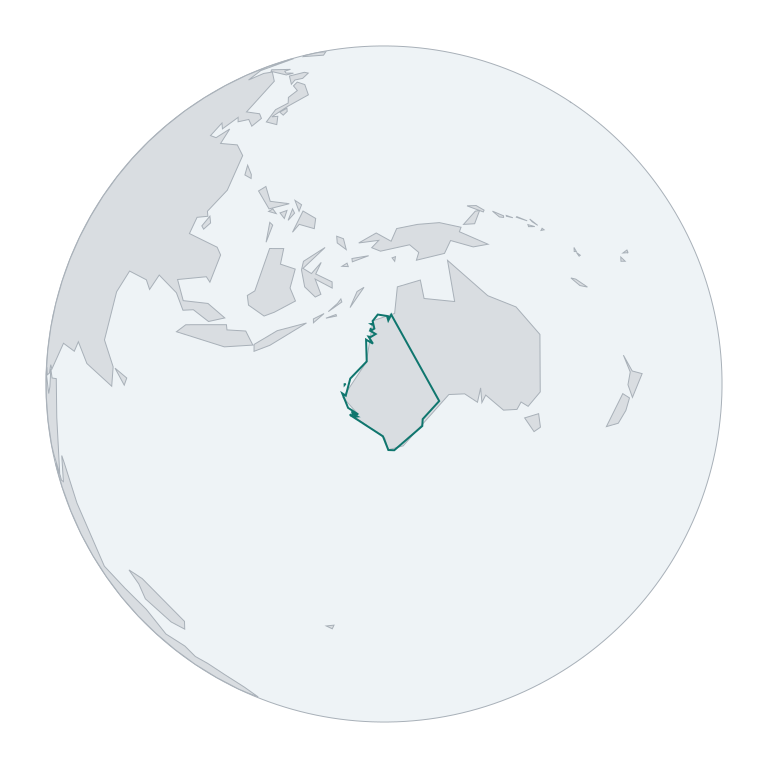 Western Australia on an orthographic globe, rotated 328°
{"feature_id": "AUS-2651", "entity_name": "Western Australia", "entity_type": "State", "adm_level": 1, "iso_a3": "AUS", "parent_name": "Australia", "parent_adm1": "", "projection": "orthographic", "projection_center": [121.445, -24.431], "detail": "coarse", "context": "on_globe", "style": "outline", "palette": "teal", "viewbox_px": 768, "rotation_deg": 328, "n_neighbors": 0, "source": "natural_earth", "source_scale": "10m", "svg_char_len": 5985}
<svg xmlns="http://www.w3.org/2000/svg" viewBox="0 0 768 768"><g transform="rotate(328 384 384)"><circle cx="384" cy="384" r="338" fill="#eef3f6" stroke="#a8b0b8"/><path d="M661.0,399.1L660.7,401.6L660.3,401.8L661.0,399.1ZM691.9,244.8L691.2,243.2L691.3,243.4L691.9,244.8ZM498.9,66.2L499.7,66.5L504.5,68.3L510.8,71.4L507.0,73.1L488.8,63.5L489.8,63.1L498.9,66.2ZM477.1,59.1L476.1,59.0L479.9,60.2L445.6,52.9L430.2,54.4L446.6,56.9L454.6,60.3L451.4,69.1L411.6,80.4L421.7,88.9L420.8,93.8L408.5,95.3L409.5,88.0L399.2,84.3L401.6,80.6L382.2,82.0L384.9,76.8L368.5,81.4L372.1,86.1L388.3,86.0L372.9,93.4L386.3,103.5L385.2,115.4L353.8,136.6L325.8,143.9L323.5,148.4L313.8,143.6L298.7,153.3L315.0,179.6L313.8,188.0L290.3,205.4L290.2,198.9L264.3,186.0L257.9,206.9L277.4,222.4L284.0,243.6L268.3,238.0L261.7,220.0L252.6,214.9L256.3,196.6L251.1,172.5L235.3,179.6L237.7,169.7L228.1,153.4L206.1,164.1L170.3,198.5L163.4,225.9L151.9,241.6L142.9,209.2L147.2,186.2L138.7,192.1L133.8,179.6L110.3,195.3L111.6,191.0L106.1,197.4L103.4,197.8L107.2,190.8L103.4,195.8L94.6,214.4L99.2,209.3L109.5,194.5L105.7,203.0L108.9,205.8L88.8,238.9L61.5,288.2L66.6,269.2L69.9,259.4L79.4,237.7L90.4,216.7L102.8,196.5L116.7,177.3L131.8,159.1L148.2,142.0L165.7,126.1L184.3,111.4L203.9,98.1L224.4,86.2L245.6,75.7L267.5,66.8L290.0,59.4L313.0,53.6L336.3,49.5L359.9,46.9L383.5,46.1L407.2,46.9L430.8,49.3L454.1,53.4L477.1,59.1ZM63.4,277.1L61.0,289.9L59.5,294.7L60.4,296.9L72.8,273.9L71.1,281.1L60.5,322.3L50.3,390.3L56.1,419.9L63.0,449.1L66.6,480.5L76.3,500.8L79.6,515.1L86.5,527.7L94.9,546.0L105.0,567.2L111.5,582.8L104.0,572.7L99.2,565.9L86.5,544.2L75.4,521.8L66.1,498.5L58.5,474.6L52.6,450.3L48.6,425.5L46.5,400.6L46.2,375.5L47.7,350.5L51.2,325.7L56.4,301.2L63.4,277.1ZM132.3,158.6L135.3,155.4L141.6,148.5L132.3,158.6ZM149.4,140.8L149.6,140.6L149.4,140.8ZM206.8,558.6L213.8,562.0L210.4,564.2L206.8,558.6ZM75.8,420.8L89.0,479.6L85.1,486.3L77.4,473.0L67.8,439.7L70.1,423.7L69.2,406.5L75.8,420.8ZM369.6,297.4L380.1,299.6L379.8,301.2L369.6,297.4ZM358.6,291.4L370.5,292.5L356.6,294.7L358.6,291.4ZM375.1,293.1L387.3,291.0L392.5,289.0L391.7,292.1L375.1,293.1ZM350.6,291.2L307.7,290.7L291.1,287.4L294.8,281.6L321.7,282.2L350.6,291.2ZM293.4,281.5L268.3,267.9L235.7,229.7L247.3,228.7L281.8,250.2L279.5,254.9L294.8,265.8L293.4,281.5ZM355.2,252.8L352.9,266.7L329.0,265.0L318.3,262.8L310.9,245.3L315.0,236.5L323.8,236.6L358.8,208.5L370.7,216.0L359.7,227.5L369.6,239.5L355.2,252.8ZM164.3,228.0L169.0,242.6L163.1,247.3L164.3,228.0ZM373.8,190.3L359.1,201.3L372.8,186.4L373.8,190.3ZM382.5,176.6L382.9,182.4L377.6,176.5L382.5,176.6ZM322.3,155.5L313.1,157.1L313.3,153.4L325.3,149.4L322.3,155.5ZM384.3,126.2L382.5,136.0L380.2,139.3L376.8,133.0L384.3,126.2ZM581.4,518.7L584.8,525.9L575.1,534.6L561.9,541.4L550.0,538.0L581.4,518.7ZM486.0,503.9L485.3,487.3L499.4,491.1L493.8,503.5L486.0,503.9ZM590.5,513.9L599.2,504.3L602.3,486.4L601.4,504.5L608.4,512.0L587.6,527.0L590.5,513.9ZM433.4,427.3L367.5,446.6L352.8,442.0L355.9,430.3L341.2,395.2L346.0,396.0L342.1,373.6L380.7,356.0L408.2,324.5L430.4,329.8L446.8,308.7L469.9,315.1L463.3,332.7L487.6,351.5L503.4,312.8L518.8,364.1L536.8,388.6L542.5,424.6L512.3,473.5L494.4,479.3L490.7,471.9L483.3,476.0L471.5,469.5L464.4,447.3L457.2,451.6L463.9,438.5L453.6,449.0L447.2,435.1L433.4,427.3ZM598.7,393.1L602.2,396.7L607.9,409.6L602.3,404.3L598.7,393.1ZM652.1,401.8L653.6,407.7L650.0,405.5L652.1,401.8ZM660.3,401.8L656.0,399.5L661.0,399.1L660.3,401.8ZM616.9,374.5L618.7,378.8L617.2,379.0L616.9,374.5ZM615.5,372.5L617.5,368.9L617.3,373.7L615.5,372.5ZM598.5,337.0L600.6,335.7L601.5,338.1L598.5,337.0ZM395.7,301.2L410.2,291.3L418.3,291.4L395.7,301.2ZM595.3,330.4L590.0,327.2L590.5,325.1L595.3,330.4ZM595.6,324.9L595.0,321.3L598.4,330.9L595.6,324.9ZM585.3,312.4L591.9,321.5L584.6,312.7L585.3,312.4ZM581.4,311.3L576.7,306.6L577.0,305.8L581.4,311.3ZM528.6,294.8L546.3,320.6L532.3,315.0L516.5,297.6L504.5,305.3L477.1,296.2L483.2,290.8L479.5,279.5L451.4,269.5L445.8,261.9L455.7,259.4L437.3,251.0L457.4,251.8L465.7,266.7L477.1,258.9L497.0,266.4L516.5,276.5L532.4,291.9L528.6,294.8ZM457.7,281.3L461.2,282.1L458.1,285.6L457.7,281.3ZM567.6,294.9L574.5,304.7L573.7,306.1L570.4,303.5L567.6,294.9ZM536.0,290.8L553.0,285.8L557.0,287.5L545.8,296.1L536.0,290.8ZM548.8,276.9L556.7,281.5L561.0,289.6L559.4,290.7L548.8,276.9ZM416.7,261.9L415.9,265.5L410.7,261.9L416.7,261.9ZM423.3,260.6L439.0,267.1L421.9,263.6L423.3,260.6ZM376.6,243.0L381.0,251.9L395.2,247.6L384.4,254.5L394.1,269.9L390.9,275.2L381.2,258.5L378.0,274.5L371.8,273.8L368.2,259.6L374.5,243.5L380.7,237.3L406.4,237.0L376.6,243.0ZM423.2,250.0L419.1,239.6L422.2,233.6L426.6,239.3L423.2,250.0ZM407.2,215.3L396.7,203.7L386.8,206.8L407.0,194.4L413.8,207.4L407.2,215.3ZM398.7,191.7L389.4,194.4L399.2,187.1L398.7,191.7ZM387.2,190.8L386.5,183.8L393.7,185.4L387.2,190.8ZM403.5,192.5L405.8,181.1L409.1,188.3L403.5,192.5ZM384.3,168.8L399.2,180.9L379.3,174.6L379.9,153.8L388.5,153.9L384.3,168.8ZM441.0,102.6L439.7,98.2L447.8,98.7L446.4,101.5L441.0,102.6ZM473.1,98.7L449.6,97.5L430.5,98.0L435.8,100.7L430.5,107.2L423.1,99.4L437.4,93.9L451.6,95.0L454.8,90.3L466.0,89.2L465.2,83.2L470.4,82.0L475.5,88.1L473.1,98.7ZM464.3,80.7L467.0,72.7L481.7,77.5L484.5,80.2L477.0,81.7L469.6,79.0L464.3,80.7ZM471.9,72.4L464.9,70.1L453.9,59.0L455.2,58.0L471.4,67.6L465.6,66.1L465.7,68.4L471.9,72.4Z" fill="#d9dde1" stroke="#a8b0b8" stroke-width="1"/><path d="M421.8,427.7L398.2,434.3L394.2,439.9L357.6,445.6L352.7,442.3L355.4,427.8L340.3,395.5L344.1,397.4L341.5,392.9L341.9,391.6L346.0,396.1L340.9,385.2L343.6,369.8L345.4,373.6L358.3,361.5L381.3,355.7L392.3,336.9L396.0,343.9L396.0,335.6L397.7,337.1L403.4,337.2L400.7,331.9L405.2,331.9L407.7,324.6L415.5,321.8L422.6,327.9L421.3,332.4L426.9,329.0L421.8,427.7ZM339.0,391.6L340.5,395.4L339.1,393.3L339.0,391.6ZM350.9,362.6L350.8,363.6L350.2,363.8L350.9,362.6ZM401.8,330.3L402.2,331.1L401.1,330.9L401.8,330.3ZM404.8,326.3L405.4,326.6L405.1,326.9L404.8,326.3ZM423.5,329.0L423.7,329.9L423.3,328.9L423.5,329.0Z" fill="none" stroke="#0f766e" stroke-width="2"/></g></svg>